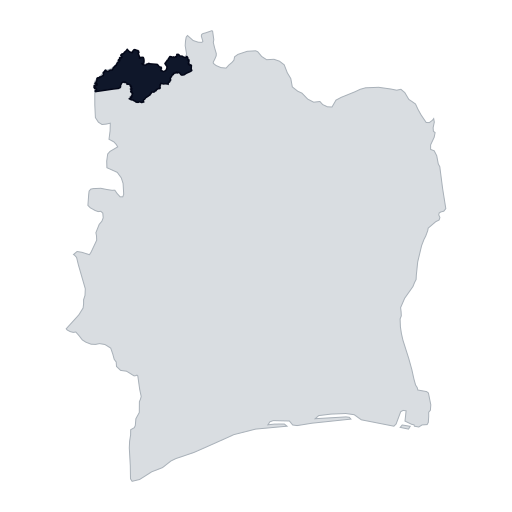 location of Folon, Denguélé, Ivory Coast
{"feature_id": "98640826B69523806833990", "entity_name": "Folon", "entity_type": "district", "adm_level": 2, "iso_a3": "CIV", "parent_name": "Ivory Coast", "parent_adm1": "Denguélé", "projection": "robinson", "projection_center": [-7.378, 10.084], "detail": "fine", "context": "in_parent", "style": "filled", "palette": "ink", "viewbox_px": 512, "rotation_deg": 0, "n_neighbors": 0, "source": "geoboundaries", "source_scale": "gbopen_adm2", "svg_char_len": 8840}
<svg xmlns="http://www.w3.org/2000/svg" viewBox="0 0 512 512"><path d="M104.5,70.4L106.3,70.4L111.1,68.8L115.5,65.2L119.5,57.7L125.0,51.7L131.1,52.1L132.9,51.0L135.1,50.8L137.7,54.8L140.3,57.8L142.1,57.9L143.5,63.6L154.7,66.0L159.5,67.5L163.6,71.7L165.0,71.8L166.7,70.9L168.0,69.5L168.3,67.9L166.6,64.1L167.3,60.7L169.1,57.7L172.0,57.5L176.4,56.7L181.4,56.7L185.1,57.2L186.6,54.2L185.2,45.7L185.5,41.0L186.2,37.1L187.5,35.5L193.1,40.5L198.2,42.2L201.8,42.4L202.9,41.4L201.3,36.0L201.7,34.4L203.1,33.5L205.5,32.9L211.9,30.7L212.6,31.2L213.8,39.7L213.3,42.5L214.7,48.2L216.3,53.6L216.2,55.8L214.8,59.1L213.2,62.2L213.4,63.4L216.0,65.5L220.9,67.6L226.1,68.1L228.9,65.0L231.9,62.5L233.9,60.2L234.6,56.8L237.9,54.4L247.2,51.3L255.7,50.8L257.8,51.8L261.7,56.5L266.6,59.7L274.0,59.3L279.5,61.2L284.2,64.8L287.3,72.8L290.8,78.6L292.3,86.9L297.7,91.2L301.9,93.1L307.7,99.1L313.7,102.2L319.9,101.5L322.7,104.6L327.4,106.8L332.0,107.0L336.0,100.1L341.3,97.3L354.9,91.8L360.2,89.3L365.6,87.8L378.6,87.3L390.7,89.0L396.7,90.2L400.9,89.3L404.8,92.6L408.8,99.4L412.1,101.6L415.5,104.0L418.0,109.4L421.0,114.8L422.6,117.2L426.2,122.5L429.3,122.6L432.4,120.3L433.7,118.6L434.3,122.1L433.1,127.8L433.4,131.3L435.1,132.6L434.2,137.2L430.6,144.9L430.6,149.4L434.2,150.8L436.7,155.7L438.3,164.0L439.8,166.7L440.0,168.4L442.6,188.5L445.8,208.6L443.8,211.2L441.0,211.9L439.2,212.9L438.7,214.8L439.9,217.5L439.1,220.0L435.7,221.7L428.2,228.1L427.7,230.7L425.7,236.1L424.0,239.4L421.6,245.6L417.7,261.9L416.3,275.4L416.1,279.5L414.6,282.4L412.9,286.6L404.7,298.2L400.6,307.6L401.1,311.8L401.3,315.9L400.1,318.9L400.4,326.8L401.4,333.5L402.9,340.1L408.8,358.7L411.9,369.9L413.9,379.0L415.6,385.1L417.2,387.6L417.8,390.0L426.6,391.6L428.4,393.0L430.8,404.8L430.4,410.2L428.7,412.2L428.7,416.7L428.3,422.4L427.1,424.6L422.1,424.9L418.8,427.0L414.4,426.2L414.0,424.8L411.6,424.3L405.0,421.1L406.1,410.8L403.1,410.4L400.7,411.7L396.1,424.0L393.9,426.2L361.3,419.8L354.2,414.7L345.7,413.5L330.9,414.1L318.7,415.6L315.2,418.7L346.0,416.9L349.3,417.3L350.9,419.1L312.0,423.2L297.1,425.6L292.7,425.0L289.4,421.0L273.2,420.6L269.9,421.8L267.9,424.8L274.3,424.1L284.3,424.0L287.0,426.2L255.6,429.1L233.9,434.6L224.7,438.8L194.3,452.3L175.8,458.6L170.9,461.0L162.5,467.6L151.7,471.8L139.6,479.5L132.1,481.3L130.5,478.8L130.3,465.7L129.3,448.0L129.6,441.3L130.6,435.0L130.7,429.7L134.3,427.7L135.3,425.5L135.9,418.7L139.3,412.5L139.4,401.6L140.4,399.4L141.2,396.5L139.7,389.4L137.8,375.9L136.9,375.1L136.0,375.6L134.1,375.9L126.5,371.2L120.6,370.4L116.5,366.5L116.2,362.0L114.2,359.3L112.8,354.1L110.7,348.1L104.9,344.5L99.5,343.6L95.6,344.4L91.1,344.2L85.9,342.2L82.3,339.9L78.9,335.5L75.8,332.0L73.3,332.4L70.2,331.6L67.2,330.0L66.2,328.8L78.8,314.9L83.1,308.0L83.6,303.9L83.6,299.7L85.0,295.4L85.3,288.8L78.4,264.9L76.6,257.5L74.7,255.3L73.5,254.5L77.1,251.5L81.9,252.3L89.4,254.7L91.0,252.3L96.7,240.2L96.5,235.8L95.9,232.7L99.2,224.4L101.9,221.2L103.2,217.8L102.8,213.1L100.8,211.3L98.2,211.6L95.1,210.5L90.3,207.8L87.9,205.4L88.7,194.5L89.1,191.1L90.8,189.1L93.4,188.6L100.8,188.3L106.8,189.5L112.0,190.3L114.8,190.2L117.1,193.5L120.1,196.8L122.8,196.8L123.7,194.3L123.1,183.5L121.3,177.9L117.3,172.4L106.9,167.7L106.7,161.1L107.7,154.0L110.0,151.4L117.7,146.9L116.3,144.5L113.9,141.9L109.0,139.3L110.1,130.8L110.3,123.2L106.2,124.1L102.0,124.5L98.4,122.2L95.4,117.6L94.8,104.9L94.8,90.3L94.2,83.8L95.4,80.4L99.1,77.2L103.1,73.1L104.5,70.4ZM410.2,426.3L408.5,429.1L400.2,427.4L402.2,425.0L410.2,426.3Z" fill="#d9dde1" stroke="#a8b0b8" stroke-width="1"/><path d="M186.9,56.5L186.6,56.8L186.2,57.1L186.0,57.4L185.8,57.6L184.1,57.3L183.3,57.1L182.8,56.5L182.3,56.2L179.9,56.0L179.4,55.6L179.0,54.8L178.1,54.3L176.9,54.4L176.8,54.6L176.9,55.7L176.7,56.0L176.3,56.3L176.2,56.8L175.7,56.6L175.0,57.2L174.5,57.2L174.3,57.5L173.9,57.4L173.3,56.9L172.1,57.4L171.5,56.8L171.0,56.7L170.8,56.8L170.1,56.5L169.9,56.6L169.5,57.1L168.9,58.2L168.4,58.7L168.3,59.2L167.9,60.2L167.6,60.3L167.1,60.4L166.8,61.1L165.8,62.3L165.7,62.8L165.0,63.3L165.0,63.7L167.1,66.8L166.4,69.6L165.4,70.7L164.1,71.4L162.9,71.5L161.5,70.5L161.1,70.6L160.8,70.3L160.7,69.8L161.5,68.1L161.1,67.2L159.4,66.9L157.8,64.9L157.2,64.4L156.3,64.3L149.8,63.8L149.0,63.4L148.6,63.4L147.4,64.1L147.0,64.0L145.8,65.0L145.3,65.3L142.5,64.4L142.0,63.6L143.2,63.4L143.8,62.9L144.0,61.8L144.0,60.1L143.8,58.8L143.3,57.5L142.5,57.3L141.1,57.4L140.2,58.2L139.8,58.3L139.5,58.2L139.4,58.0L139.5,57.8L139.8,57.6L139.9,57.3L139.3,56.4L139.2,56.0L139.0,55.8L138.9,55.1L138.5,54.5L138.5,53.9L138.2,53.5L138.5,52.8L138.9,52.5L138.9,52.3L138.5,51.7L138.6,51.2L137.8,50.5L137.5,50.6L135.2,49.7L134.3,49.6L133.7,50.0L133.1,50.8L132.8,51.3L132.6,52.2L132.4,52.6L131.8,52.7L131.2,52.3L130.2,52.2L129.4,51.7L127.2,49.4L125.9,51.1L124.3,52.4L124.2,52.9L123.4,53.7L122.9,53.9L122.0,53.9L121.6,54.7L120.8,55.1L120.9,55.5L121.3,55.7L121.7,56.1L121.9,57.0L121.8,57.5L121.5,57.8L121.2,57.8L120.1,57.5L119.6,57.9L119.6,58.1L119.8,58.7L119.8,59.2L119.4,59.5L118.5,59.9L118.4,60.2L118.6,60.3L119.2,60.2L119.5,60.2L119.7,60.3L119.7,60.8L119.1,61.2L118.8,61.8L117.9,62.3L117.6,62.6L116.8,63.9L116.4,65.2L116.2,65.1L115.6,65.6L114.7,66.3L114.5,67.1L114.3,67.1L113.6,67.4L113.6,67.8L113.2,68.2L113.1,68.6L112.9,68.9L112.7,69.1L112.6,69.5L112.4,69.8L112.0,70.0L110.8,70.0L109.6,70.4L109.3,70.8L108.6,71.1L108.2,71.5L106.6,71.2L105.9,70.6L105.7,70.1L105.3,70.2L105.0,70.5L104.4,71.9L103.9,72.0L103.5,72.2L103.2,72.7L103.5,73.7L103.3,75.6L102.8,75.7L100.8,76.8L100.2,77.3L99.8,77.0L99.1,77.7L98.1,77.7L97.2,78.1L96.9,78.7L96.9,80.3L96.7,80.9L96.1,81.9L95.7,82.9L95.2,83.2L95.0,83.5L95.2,84.0L95.8,84.3L96.4,83.7L96.6,83.6L96.9,83.7L97.2,84.2L97.0,85.0L96.7,85.2L96.0,85.3L95.6,85.7L95.2,85.9L94.7,85.9L94.5,85.7L94.2,85.7L94.1,85.9L94.6,86.3L94.7,86.7L94.1,86.9L94.0,87.3L94.6,88.4L94.9,88.5L95.7,88.0L95.9,88.2L95.9,88.7L96.2,88.7L96.5,89.1L96.5,89.6L96.1,90.4L95.9,90.5L95.5,90.5L95.3,90.7L95.2,91.2L95.3,91.3L95.8,91.7L96.1,91.6L96.3,91.5L97.0,91.4L97.6,91.2L97.8,91.3L113.4,89.0L118.7,88.4L119.4,87.8L120.0,87.7L120.5,87.0L120.6,86.8L120.4,86.2L120.4,85.8L121.6,83.2L122.0,82.7L122.7,82.2L123.2,82.0L124.2,82.4L124.3,82.1L125.0,82.0L125.4,82.2L125.9,82.7L126.9,83.2L127.1,83.7L127.1,84.2L127.7,84.1L128.0,84.3L128.7,84.2L129.9,84.7L130.1,85.2L130.5,85.4L130.4,85.7L130.7,85.8L130.8,86.0L130.6,86.2L130.3,86.9L130.9,86.4L131.2,86.4L131.4,86.5L131.3,86.9L130.9,87.1L131.1,87.6L131.0,88.4L131.6,88.3L131.9,88.8L131.8,89.0L131.6,89.0L131.4,88.7L131.3,88.9L131.4,89.1L131.0,89.2L131.3,89.4L131.2,89.7L131.5,89.8L131.6,90.1L131.2,90.2L131.3,90.4L131.2,90.6L130.7,90.8L130.9,90.8L131.1,90.9L131.0,91.1L130.7,91.3L130.8,91.6L131.0,92.1L131.3,92.1L131.7,91.8L131.8,91.9L131.8,92.0L131.7,92.2L131.7,92.5L132.0,92.7L132.0,93.1L132.2,93.3L132.6,93.3L132.7,93.6L132.4,93.9L132.2,93.9L132.3,94.5L131.9,95.3L131.9,95.8L131.7,96.0L131.9,96.6L131.6,97.0L131.5,97.5L131.4,97.6L131.2,97.6L131.0,97.3L130.9,97.7L130.5,97.5L130.5,97.8L130.4,97.9L130.5,98.1L129.9,98.4L129.8,98.5L129.4,98.8L130.6,99.5L131.4,99.8L131.7,99.9L132.3,99.8L133.1,100.2L133.5,100.2L133.6,100.4L133.7,100.6L135.2,101.3L135.7,101.9L136.9,102.3L138.4,102.3L139.4,101.8L139.9,101.8L140.5,102.1L140.9,102.1L141.5,102.5L142.0,102.5L142.4,102.2L143.7,102.0L143.7,101.8L143.5,101.6L143.3,100.5L143.6,99.7L144.5,99.4L145.6,97.8L148.3,96.1L149.5,95.1L149.8,95.1L150.1,94.7L150.1,94.2L151.0,93.6L151.2,93.0L151.7,92.3L152.2,92.0L153.8,92.1L154.1,92.0L155.0,91.3L155.2,90.9L155.7,90.6L156.1,90.6L156.2,90.0L156.6,89.8L156.8,89.5L157.2,89.3L157.5,88.9L158.3,88.7L158.6,88.5L159.0,88.7L159.2,88.4L159.8,88.4L159.9,88.0L160.2,87.9L160.2,87.7L159.9,87.2L160.0,86.2L160.2,85.9L160.3,85.7L160.0,85.4L160.0,84.9L160.2,84.5L160.6,84.3L160.6,84.0L160.7,83.8L160.7,83.4L161.2,83.4L163.6,84.0L164.7,83.8L165.7,83.8L167.6,84.0L168.1,84.2L168.2,83.4L168.6,82.4L169.3,82.1L169.6,81.9L169.9,81.3L170.1,80.7L170.6,80.2L170.5,79.6L170.6,79.3L170.3,78.8L170.4,78.5L170.4,78.1L170.5,77.7L170.7,77.3L171.4,76.9L171.5,76.4L172.1,75.4L172.1,75.2L172.3,75.0L172.4,74.6L173.0,74.7L173.3,74.5L173.6,73.7L173.6,73.4L174.1,73.5L174.3,73.3L174.6,73.0L175.0,72.8L175.4,73.0L175.6,72.8L176.3,72.8L176.5,72.6L176.5,72.2L177.1,72.5L177.3,72.9L177.6,72.7L177.8,72.3L178.3,72.4L178.7,72.7L179.3,72.6L180.1,73.5L180.8,74.5L181.1,74.8L181.9,75.1L184.1,74.8L186.3,73.3L190.0,71.7L191.5,70.8L191.8,70.2L191.3,69.5L191.2,68.7L191.4,65.6L191.2,65.5L191.1,65.2L190.8,65.3L190.5,64.9L190.0,65.3L189.5,65.1L189.4,64.9L189.1,64.7L189.1,64.4L188.8,64.3L188.9,64.0L188.8,63.9L188.6,63.9L188.6,63.7L188.8,63.4L188.5,63.2L188.8,63.0L188.8,62.6L188.6,62.0L188.6,61.8L188.6,61.6L188.8,61.7L189.0,61.4L189.0,61.2L188.8,61.2L188.8,60.7L189.0,60.6L188.9,60.1L188.6,60.2L188.6,59.8L188.0,59.8L188.2,59.5L188.0,59.2L188.0,58.9L187.6,58.3L187.7,57.7L187.3,57.5L187.4,57.2L187.1,56.7L187.3,56.7L186.9,56.5Z" fill="#0f172a" stroke="#020617" stroke-width="1.5"/></svg>